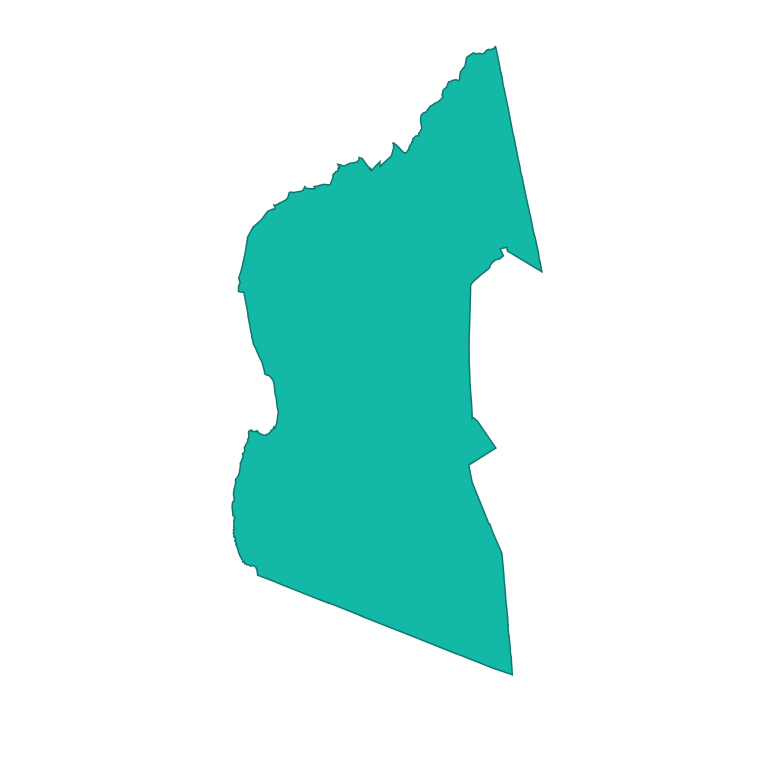 the district of Ngorongoro, Arusha, United Republic of Tanzania, rotated 169°
{"feature_id": "72390352B42279830137418", "entity_name": "Ngorongoro", "entity_type": "district", "adm_level": 2, "iso_a3": "TZA", "parent_name": "United Republic of Tanzania", "parent_adm1": "Arusha", "projection": "robinson", "projection_center": [35.632, -2.654], "detail": "fine", "context": "isolated", "style": "filled", "palette": "teal", "viewbox_px": 768, "rotation_deg": 169, "n_neighbors": 0, "source": "geoboundaries", "source_scale": "gbopen_adm2", "svg_char_len": 6114}
<svg xmlns="http://www.w3.org/2000/svg" viewBox="0 0 768 768"><g transform="rotate(169 384 384)"><path d="M507.8,508.5L509.3,502.7L508.2,501.9L504.1,500.8L504.1,480.4L504.6,475.5L504.5,472.2L504.7,462.8L504.6,457.1L504.8,455.2L504.5,451.4L504.4,451.4L504.6,448.6L504.4,447.4L503.2,443.7L501.5,435.4L499.6,428.9L499.1,421.4L498.9,420.0L499.2,416.8L497.4,415.1L495.6,414.6L494.4,413.0L493.0,410.4L492.0,407.4L491.9,404.9L492.7,396.6L492.6,389.9L493.2,380.9L493.1,376.9L493.3,375.9L494.3,373.4L495.3,370.0L497.0,365.7L499.4,361.3L499.8,361.5L500.2,363.2L500.3,363.5L500.5,362.2L501.0,361.6L502.8,359.7L503.0,359.7L503.5,360.2L504.0,359.3L505.3,358.1L507.5,357.0L508.9,356.8L510.2,356.4L511.2,356.3L511.8,356.8L514.7,358.5L515.7,359.4L516.4,360.2L516.7,361.2L517.2,361.0L517.5,361.0L517.6,361.4L517.4,362.0L517.8,362.5L519.3,361.9L521.9,362.3L522.5,362.8L522.4,363.7L522.6,363.7L522.8,363.2L523.0,363.5L523.5,363.5L523.6,363.8L523.4,364.1L523.5,364.2L525.9,363.3L526.2,362.6L526.4,359.4L527.1,357.0L528.0,356.1L528.5,354.8L528.5,354.4L529.1,353.2L530.4,351.5L530.7,351.4L533.3,348.1L533.2,346.1L533.6,344.9L534.2,343.8L534.7,343.1L535.2,342.8L536.1,342.9L536.3,342.7L536.3,342.3L535.9,340.3L536.2,339.3L537.3,338.0L538.6,335.8L538.9,335.1L540.2,333.6L540.4,332.7L540.4,331.7L542.8,324.7L544.4,322.0L545.7,320.5L547.7,318.9L548.2,318.0L548.4,315.6L552.1,307.2L552.6,305.1L553.0,303.1L552.7,299.9L552.9,299.2L553.6,298.1L555.2,296.8L556.5,292.8L556.9,288.9L556.8,287.6L557.4,284.7L557.4,283.9L557.2,283.4L556.5,282.7L555.9,281.0L556.2,280.5L557.1,279.4L557.7,277.9L557.9,276.9L557.9,274.8L558.4,273.7L558.4,273.1L558.9,272.2L558.4,270.8L558.9,270.0L559.4,269.9L559.7,269.4L559.5,268.5L560.5,266.1L560.0,264.8L560.1,264.1L560.6,263.1L560.6,262.8L560.4,262.4L559.4,261.9L559.6,261.0L559.3,259.6L559.4,259.2L559.9,258.7L560.1,259.0L560.3,258.8L560.3,257.9L559.8,257.8L559.6,257.5L559.4,257.1L559.4,256.4L559.7,255.6L560.1,255.2L560.1,254.5L559.2,251.8L558.8,245.9L558.3,243.6L558.2,242.6L557.5,241.0L557.2,239.5L556.4,237.7L556.6,236.3L556.3,236.0L555.2,236.0L554.9,235.8L554.8,235.4L555.1,234.8L555.1,234.2L553.4,233.4L553.0,232.7L551.5,232.5L550.2,231.1L549.6,230.6L547.5,230.8L546.9,230.7L545.7,229.7L544.6,228.5L544.7,227.8L544.2,225.6L544.5,220.4L530.0,211.5L523.4,207.0L486.6,183.4L480.2,179.4L480.0,179.7L449.6,160.1L449.8,160.0L433.6,149.6L401.3,129.1L365.1,105.7L357.0,100.9L356.1,100.1L352.3,97.8L331.7,84.5L313.5,74.1L313.2,77.3L312.8,79.1L312.2,84.9L311.4,89.8L311.0,98.6L310.6,98.9L310.1,105.0L309.2,113.2L309.4,114.1L308.6,122.8L308.2,122.8L307.5,130.5L307.3,130.4L307.1,131.8L305.7,148.4L304.8,155.1L304.7,157.4L304.3,160.0L304.1,160.7L304.2,161.9L303.8,164.2L303.6,167.5L302.7,174.3L300.6,195.1L300.7,195.7L305.6,217.9L306.9,226.6L307.7,226.6L309.4,235.5L309.7,235.5L309.4,235.6L316.2,270.5L316.3,288.2L286.4,299.8L299.4,329.8L302.6,333.8L304.2,333.5L303.6,335.5L301.9,347.1L300.3,361.2L299.0,371.6L298.0,377.4L296.3,388.5L293.3,404.9L292.4,409.4L292.1,409.4L292.4,409.4L281.4,458.2L280.5,462.9L280.0,464.5L279.5,465.3L277.5,467.0L274.6,468.9L270.5,471.1L268.4,472.6L264.0,474.7L259.3,477.2L258.1,478.1L256.9,480.5L256.2,481.3L255.1,482.1L250.8,484.6L246.8,484.7L242.4,487.0L242.9,489.9L243.7,492.1L244.3,494.5L237.4,494.7L237.5,491.0L207.6,464.0L207.5,475.3L207.7,477.2L207.4,483.9L207.7,499.4L208.0,501.1L208.2,506.5L208.2,517.9L208.8,540.4L209.0,561.1L209.4,566.3L209.1,570.4L209.4,581.7L209.3,586.6L209.4,594.1L209.3,601.0L209.6,605.5L209.5,632.7L209.7,639.6L209.7,649.7L210.0,655.4L209.6,662.0L209.9,670.4L209.8,685.5L210.1,693.5L210.3,693.9L210.8,693.8L212.2,692.2L214.2,692.2L215.8,691.6L216.1,691.6L217.1,692.5L217.5,692.5L219.7,692.0L220.9,691.2L221.7,690.0L222.5,689.7L223.1,689.7L223.9,689.0L227.6,690.5L230.0,690.4L231.0,690.6L231.5,690.9L232.0,691.6L233.6,691.9L235.0,691.2L236.3,690.8L236.8,690.4L238.2,689.7L239.3,689.6L240.3,688.8L240.8,688.4L241.7,686.3L243.6,681.2L244.1,680.4L244.5,679.9L245.4,679.5L249.2,675.9L250.0,674.3L251.8,668.8L252.4,667.9L253.3,667.6L253.8,667.7L254.7,668.7L255.8,669.1L257.7,668.8L258.5,668.8L259.3,669.1L260.9,668.0L261.5,668.3L262.6,668.4L263.2,667.9L264.2,666.5L264.7,665.3L265.9,663.6L266.3,663.2L269.3,661.7L269.8,661.2L270.9,658.9L271.3,657.6L271.8,656.9L271.9,656.1L271.3,655.0L271.4,654.6L272.2,653.9L273.5,652.8L277.5,650.4L280.3,650.0L282.6,648.8L285.8,647.7L287.7,645.8L288.7,645.1L290.5,643.1L291.1,642.9L292.7,642.8L294.3,642.3L295.8,641.2L296.6,639.7L297.6,636.9L298.1,632.8L297.9,631.5L298.0,628.8L298.4,626.8L299.4,626.4L300.3,624.8L301.9,623.6L302.2,623.0L302.5,621.1L302.6,620.9L303.1,620.9L304.3,621.4L305.3,621.4L308.9,619.2L309.1,618.7L309.1,617.7L309.2,617.2L310.3,616.6L310.5,616.3L310.9,615.1L313.6,612.5L314.3,611.0L315.1,609.7L317.3,607.3L318.4,606.8L320.2,607.4L321.2,608.4L323.1,611.2L324.0,613.1L325.4,614.8L326.3,616.3L328.9,619.0L329.3,618.7L328.9,617.7L329.6,613.6L333.3,606.4L342.9,600.6L346.2,598.2L345.9,602.1L345.6,602.8L349.6,600.3L355.3,596.1L355.9,597.8L356.3,596.6L356.3,595.6L357.3,598.8L359.9,604.1L362.3,609.4L365.2,611.1L365.9,608.7L367.4,607.6L369.9,606.9L375.8,607.1L380.6,605.8L382.8,605.8L384.8,607.5L387.5,608.4L386.2,605.6L386.1,604.5L386.6,604.1L387.0,605.0L387.3,605.2L387.5,605.0L387.9,604.5L387.7,603.6L388.4,603.0L388.8,602.4L389.7,601.7L390.7,601.6L391.4,600.9L392.2,600.4L393.0,600.1L393.4,599.7L394.4,598.5L394.4,597.5L395.2,595.4L397.8,591.7L398.5,590.1L399.0,589.6L403.4,591.0L405.4,591.5L411.9,591.0L414.9,591.2L414.7,590.0L414.3,588.7L418.6,589.7L423.2,591.0L424.0,592.8L426.4,589.8L427.1,589.3L427.8,589.2L429.3,589.0L435.8,589.2L437.5,589.6L438.6,590.2L439.5,590.2L440.5,589.8L440.9,589.4L441.3,588.5L441.5,587.8L443.0,585.3L444.3,584.0L446.6,582.9L447.9,582.7L452.2,581.3L452.4,581.5L452.5,581.2L452.9,581.2L453.2,580.9L453.3,580.6L454.0,580.3L454.6,580.7L455.0,580.7L456.2,580.0L456.6,579.9L456.9,580.3L457.2,580.2L457.8,580.6L457.6,579.6L457.2,578.9L457.5,577.0L457.6,576.8L458.1,576.7L458.9,576.1L459.7,577.0L465.3,575.7L473.3,568.4L482.6,563.0L489.7,554.4L495.2,539.3L501.2,525.5L503.4,520.9L506.3,516.0L506.0,510.4L507.8,508.5Z" fill="#14b8a6" stroke="#0f766e" stroke-width="1.5"/></g></svg>